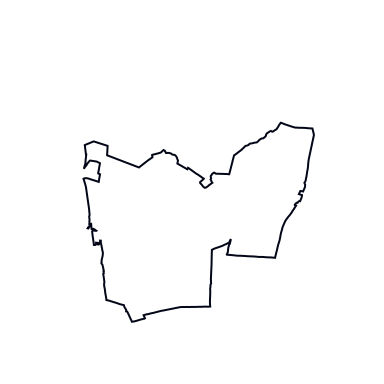 Hanesti, Botosani, Romania, rotated 52°
{"feature_id": "2599482B45737492982301", "entity_name": "Hanesti", "entity_type": "district", "adm_level": 2, "iso_a3": "ROU", "parent_name": "Romania", "parent_adm1": "Botosani", "projection": "orthographic", "projection_center": [27.009, 47.93], "detail": "fine", "context": "isolated", "style": "outline", "palette": "ink", "viewbox_px": 384, "rotation_deg": 52, "n_neighbors": 0, "source": "geoboundaries", "source_scale": "gbopen_adm2", "svg_char_len": 6016}
<svg xmlns="http://www.w3.org/2000/svg" viewBox="0 0 384 384"><g transform="rotate(52 192 192)"><path d="M257.3,319.2L258.5,317.0L259.5,314.7L260.8,311.2L261.9,308.7L262.5,307.5L262.6,307.0L262.6,306.8L259.3,306.0L260.1,303.9L260.2,303.6L261.4,301.4L262.1,299.6L263.8,296.2L264.0,295.6L266.9,289.0L268.1,286.9L269.0,284.9L269.6,283.9L271.2,280.6L271.8,279.5L273.6,275.8L274.0,275.1L275.4,272.2L278.0,268.7L279.9,266.2L280.6,265.5L281.9,263.6L285.0,259.6L286.3,257.8L288.5,254.9L288.8,254.5L290.4,252.2L292.1,250.2L293.5,248.2L290.5,246.2L288.6,244.7L285.0,241.6L281.7,238.9L279.2,237.1L278.6,236.3L278.2,236.1L277.2,235.1L276.4,234.4L276.1,234.0L276.0,233.6L275.9,233.3L275.5,233.0L274.2,232.2L273.3,231.4L272.6,231.0L271.8,230.4L271.1,229.7L269.4,228.3L262.3,222.2L261.5,221.5L261.4,221.4L256.3,217.3L249.8,211.9L250.6,208.5L251.7,205.5L252.1,204.3L253.1,201.3L253.7,198.4L254.2,196.6L254.3,195.9L254.4,195.1L254.9,194.9L255.2,194.6L255.3,194.4L255.4,194.2L255.3,193.8L255.0,193.5L254.7,193.3L254.1,192.9L253.3,191.2L253.1,190.4L253.9,191.3L254.5,192.1L256.1,194.1L256.4,195.1L258.0,197.4L258.9,198.3L261.1,200.5L261.6,201.0L261.9,201.6L262.5,202.8L262.7,203.1L262.9,203.1L266.3,199.4L270.1,195.5L271.6,193.6L272.5,192.6L275.0,189.7L276.6,188.0L281.2,182.6L284.0,179.6L284.4,179.3L285.7,177.5L287.3,175.6L288.1,174.8L291.1,171.4L292.0,170.2L293.1,169.1L295.0,167.0L294.6,166.6L291.8,163.1L290.7,161.6L287.2,157.3L286.1,155.8L284.7,153.7L283.8,152.5L282.4,150.9L281.2,149.5L280.6,148.9L278.6,146.5L277.9,145.4L276.6,143.7L275.3,142.0L272.4,136.6L271.9,135.3L271.1,132.5L270.7,130.8L270.5,129.9L270.5,129.6L269.5,126.1L269.3,125.4L268.9,124.7L268.6,123.5L266.8,118.4L265.6,119.0L265.2,118.6L264.9,116.3L265.0,116.0L265.3,115.7L265.5,115.4L265.1,114.1L265.4,111.9L265.5,111.9L264.1,109.5L263.5,108.6L262.9,107.9L262.2,107.2L259.5,109.1L257.9,106.0L258.8,105.1L260.0,104.2L258.4,101.3L257.7,100.0L257.3,99.7L256.7,99.0L256.1,98.4L255.8,98.3L254.9,98.1L254.0,97.8L253.8,97.5L253.7,96.8L253.4,96.1L253.0,95.5L252.6,95.0L251.0,93.3L250.7,92.7L249.9,91.9L246.9,88.7L246.5,88.3L244.7,86.2L243.3,84.9L242.3,83.9L241.4,83.2L239.0,80.8L237.6,79.3L222.3,61.0L221.9,60.7L221.6,60.5L216.1,58.0L213.0,61.5L211.9,62.6L210.9,63.7L209.2,65.7L208.0,67.3L205.5,70.1L205.3,70.3L205.3,70.5L203.4,72.1L195.9,77.1L192.1,79.3L192.2,80.0L192.8,81.9L193.2,83.0L193.7,84.0L194.0,85.2L194.3,85.8L194.5,86.5L194.5,87.1L194.3,88.9L194.3,89.5L194.2,90.8L194.1,91.2L194.0,91.5L193.8,91.7L192.5,92.2L192.2,93.2L192.0,95.7L191.9,96.8L192.0,97.4L192.4,98.2L192.9,98.8L193.1,99.1L193.4,99.7L193.5,100.1L193.6,100.3L193.5,100.8L193.6,102.6L193.5,102.9L192.8,104.0L192.5,105.1L192.5,106.0L192.4,106.7L192.4,107.1L192.7,108.2L192.8,109.5L192.8,110.1L192.7,110.5L192.5,111.0L191.8,112.0L190.6,114.8L189.8,116.1L189.7,116.4L189.5,116.8L189.5,117.2L189.7,118.1L189.7,118.7L189.3,120.0L189.1,120.5L188.7,121.2L188.6,121.5L189.0,124.6L189.1,126.7L189.3,126.9L189.2,129.7L189.2,132.2L189.2,133.0L189.1,133.7L189.2,135.1L189.0,136.3L199.9,150.4L200.9,151.7L200.9,151.9L199.6,153.1L192.3,161.9L190.6,162.5L190.3,162.7L190.2,163.1L190.2,163.9L190.2,164.7L190.3,165.4L190.7,166.3L190.8,167.0L191.0,167.4L191.3,167.7L191.8,168.0L192.3,168.2L193.0,168.5L193.6,169.7L195.1,169.9L195.5,170.1L196.5,170.3L197.3,170.3L197.2,172.3L197.1,174.8L197.2,175.0L197.3,175.4L197.2,176.1L197.2,176.9L197.0,178.6L196.6,179.3L195.3,179.7L194.2,179.9L192.1,179.8L190.9,180.0L189.8,180.0L189.6,179.9L189.2,179.5L189.1,179.0L189.1,177.5L189.0,176.5L188.9,174.8L188.8,174.5L187.6,174.9L184.6,175.8L183.4,176.2L182.6,176.4L179.4,177.6L175.1,178.8L170.5,180.2L171.2,181.7L160.6,186.0L159.6,184.9L158.8,183.9L158.4,183.6L157.3,183.4L155.6,182.7L153.8,182.5L152.6,182.7L152.1,182.8L151.7,183.2L150.6,184.3L150.3,184.5L149.0,184.7L148.3,185.1L147.5,185.8L146.9,186.2L146.1,187.3L145.3,188.5L145.1,188.5L144.3,188.2L143.7,188.3L142.7,188.0L141.4,188.6L141.5,190.0L141.7,191.8L141.6,192.5L140.7,194.9L138.2,200.6L138.3,200.8L138.6,200.9L139.1,201.1L140.3,201.8L140.0,207.3L140.0,218.7L110.8,236.3L103.7,230.1L91.6,238.3L89.0,247.6L97.4,252.6L97.5,252.4L99.9,254.7L101.0,255.9L103.3,257.9L104.0,258.6L105.8,261.2L107.2,262.9L106.9,262.2L106.3,260.5L106.0,259.0L105.1,256.6L104.8,255.3L104.5,253.8L104.4,253.2L104.5,252.9L109.3,248.4L109.8,248.1L110.6,247.8L112.3,246.9L112.6,246.8L113.3,247.5L114.7,249.1L118.0,252.7L118.6,253.5L119.5,254.4L119.6,254.5L119.8,254.5L121.0,253.6L121.3,253.6L121.7,253.8L122.5,254.8L126.6,259.3L125.3,260.1L119.7,264.0L117.4,265.5L116.9,265.9L116.3,266.5L115.6,267.4L115.2,267.9L115.0,268.5L114.8,269.4L117.4,270.3L122.6,272.4L141.9,283.5L146.7,286.6L147.0,286.8L148.1,288.2L148.9,288.7L150.6,289.7L151.2,290.2L152.0,291.0L152.6,291.3L152.9,291.5L153.9,292.6L154.9,291.5L155.1,291.5L155.4,291.7L155.7,292.2L155.8,292.5L155.6,292.9L155.8,293.6L155.7,294.5L155.9,294.9L156.3,295.3L156.0,295.8L156.3,296.6L156.9,296.2L156.5,295.1L156.3,294.5L156.2,293.9L156.1,292.8L155.8,291.6L159.3,293.9L159.5,293.7L160.2,292.5L161.7,291.7L162.4,291.7L163.7,291.2L163.7,291.3L163.2,291.9L162.0,293.0L161.3,293.7L161.3,293.9L161.5,294.4L161.5,294.6L161.5,294.9L165.0,297.1L166.3,297.8L171.9,301.0L173.3,301.9L174.1,301.0L174.2,300.7L174.2,300.4L174.0,299.7L172.9,298.8L173.3,298.4L174.0,297.5L174.3,297.5L174.8,297.7L175.4,298.4L175.9,297.9L176.0,297.6L175.2,296.0L174.7,295.2L173.7,294.3L174.2,293.8L175.6,294.9L180.0,297.1L183.4,298.9L184.5,299.3L186.1,300.5L187.6,302.1L190.0,305.1L191.9,306.7L191.9,306.9L192.1,307.1L192.4,307.3L193.1,307.4L194.0,307.3L195.6,308.0L196.0,308.3L197.5,308.8L198.2,309.4L198.9,309.6L199.2,309.8L199.5,309.8L199.9,310.4L200.0,310.6L200.6,310.6L201.0,311.1L201.5,311.6L201.8,311.7L201.8,312.3L209.1,316.5L209.8,317.4L210.2,317.7L211.4,318.7L215.4,320.8L218.0,322.4L223.1,325.1L224.5,326.0L225.3,325.2L226.6,324.2L230.3,321.7L232.5,320.1L235.8,318.0L238.3,316.1L239.2,315.3L239.4,315.3L240.5,315.9L241.1,316.1L243.3,316.3L244.4,316.5L244.9,316.8L245.5,317.4L246.3,316.7L246.6,316.7L257.3,319.2Z" fill="none" stroke="#020617" stroke-width="2"/></g></svg>